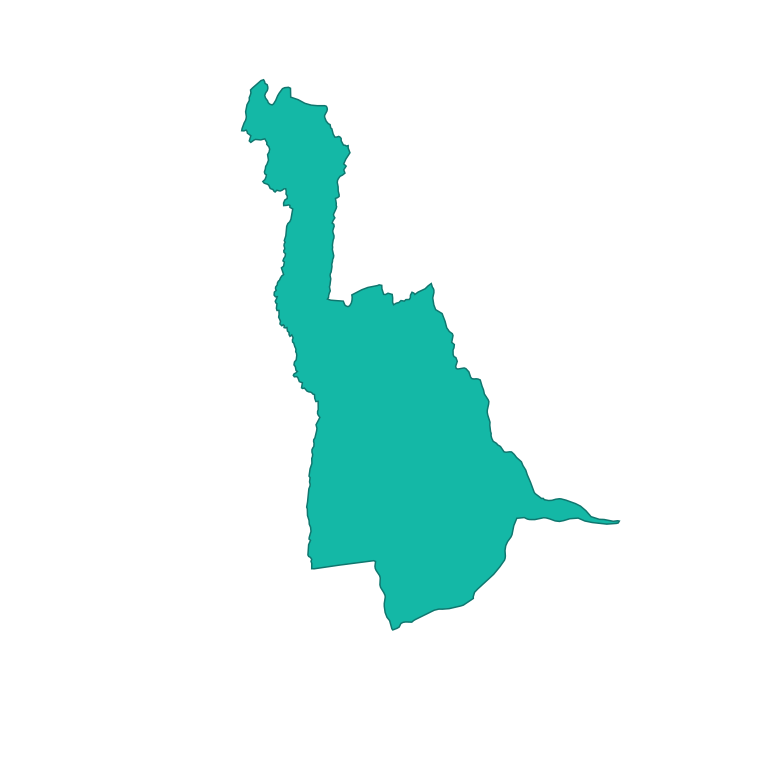 Kandara, Central, Kenya (Equal Earth projection), rotated 33°
{"feature_id": "3690345B86008432218279", "entity_name": "Kandara", "entity_type": "district", "adm_level": 2, "iso_a3": "KEN", "parent_name": "Kenya", "parent_adm1": "Central", "projection": "equal_earth", "projection_center": [37.007, -0.881], "detail": "fine", "context": "isolated", "style": "filled", "palette": "teal", "viewbox_px": 768, "rotation_deg": 33, "n_neighbors": 0, "source": "geoboundaries", "source_scale": "gbopen_adm2", "svg_char_len": 6170}
<svg xmlns="http://www.w3.org/2000/svg" viewBox="0 0 768 768"><g transform="rotate(33 384 384)"><path d="M537.0,568.6L537.7,566.2L538.6,564.4L549.3,546.4L552.6,542.9L555.5,541.1L561.0,536.9L569.2,528.4L571.0,526.2L575.7,515.2L574.7,513.8L573.4,509.4L574.2,505.0L579.6,483.9L580.7,474.3L581.0,466.1L580.5,464.2L579.5,462.2L576.2,457.8L574.2,453.4L573.5,448.9L573.8,443.2L573.4,440.6L570.0,432.1L568.5,424.3L574.4,419.6L577.8,419.2L579.9,418.4L584.4,415.5L590.7,409.2L592.9,408.0L596.4,406.9L602.1,405.6L606.0,403.7L609.0,400.8L613.2,395.8L619.9,390.7L627.1,389.5L629.1,388.7L634.0,386.8L647.1,380.2L654.8,374.4L656.1,373.0L656.0,370.8L654.5,371.4L651.0,374.3L642.3,377.8L638.3,380.2L629.9,382.5L622.3,380.3L615.3,379.4L609.8,380.0L599.9,382.3L595.1,383.9L593.6,384.7L590.8,387.1L588.2,390.1L585.5,392.1L581.5,393.7L579.9,393.2L578.4,394.2L570.4,393.6L568.9,393.0L560.5,386.7L553.6,382.1L549.8,379.0L544.9,376.7L541.6,374.4L535.1,373.4L531.5,372.1L528.0,371.5L526.5,372.3L523.5,374.8L521.6,375.5L515.7,373.0L512.3,373.1L510.8,372.5L506.8,372.6L504.0,370.9L502.0,369.1L500.7,367.0L499.3,365.9L495.2,361.0L493.7,358.3L487.9,353.5L486.0,351.5L484.8,349.5L482.7,343.9L481.5,341.6L479.9,340.5L473.6,337.7L470.6,334.7L467.5,332.5L462.5,328.2L460.2,328.6L458.5,329.4L456.7,330.8L454.8,331.6L453.1,331.2L448.6,327.6L444.3,326.5L442.5,326.9L437.7,331.3L436.1,331.6L434.5,330.2L433.1,325.1L429.9,322.7L427.7,322.9L425.9,321.6L423.4,317.9L423.0,315.6L421.5,312.6L418.1,312.2L415.5,305.8L413.9,304.6L410.2,304.4L406.0,302.7L401.1,298.2L394.4,293.3L386.8,293.5L382.7,290.5L378.0,285.3L376.1,280.2L374.7,278.1L373.3,277.0L371.9,276.5L368.9,274.0L367.5,277.8L366.6,281.8L362.5,288.4L361.1,292.1L359.5,291.5L357.5,291.8L357.8,295.1L359.1,297.3L359.2,299.3L356.4,301.3L355.9,303.4L352.8,304.8L352.1,307.6L350.3,309.5L348.9,312.3L346.8,310.9L344.4,307.1L342.1,304.4L337.9,305.7L336.6,308.1L334.9,309.0L330.4,305.3L328.4,302.5L325.9,303.5L324.9,305.0L317.9,311.8L314.0,317.1L308.5,326.8L310.0,328.5L311.5,331.1L312.5,333.9L312.6,337.1L311.7,338.7L310.1,339.2L308.2,339.1L304.7,336.7L293.7,342.7L290.3,343.6L290.3,341.5L289.4,340.0L288.6,337.5L288.2,335.2L285.3,332.2L284.8,330.5L282.1,324.8L279.6,322.3L278.9,320.7L278.7,318.9L276.5,314.0L274.9,311.9L274.1,309.4L273.1,307.5L272.8,305.6L272.0,303.8L267.4,299.3L266.4,297.2L265.3,296.0L264.5,294.4L262.9,290.8L262.5,288.9L261.4,287.0L258.4,284.5L257.4,283.0L256.3,278.9L254.9,277.4L252.9,277.3L252.3,274.8L252.3,271.4L250.5,270.6L249.2,269.2L248.3,262.9L247.7,261.1L246.5,260.1L245.6,258.5L242.2,254.8L243.5,253.1L244.2,251.2L243.3,249.7L240.5,247.1L238.1,243.6L235.0,240.4L234.1,238.4L233.9,236.6L234.0,233.8L235.4,231.4L236.4,228.4L233.6,226.3L233.6,221.9L230.3,221.3L229.5,216.0L229.5,208.6L225.4,205.6L224.1,203.6L222.9,204.9L221.2,205.0L219.9,205.7L215.7,203.4L214.4,201.5L213.1,200.9L211.2,201.0L209.8,202.7L208.3,203.7L205.3,202.1L201.3,198.4L199.8,198.2L197.5,195.8L195.5,196.0L192.3,195.0L188.8,192.5L187.9,191.0L187.5,186.3L186.8,184.4L185.5,183.1L184.2,182.5L182.7,182.9L176.7,186.8L171.0,189.8L164.8,191.7L157.2,192.3L149.5,194.2L144.5,186.9L142.3,187.2L139.3,189.6L138.0,191.6L137.7,196.9L137.8,200.1L138.7,205.1L138.8,209.3L138.1,210.9L135.8,211.5L133.7,211.1L132.1,209.9L128.9,208.7L126.8,207.0L126.2,204.3L126.3,201.5L125.7,199.6L124.8,198.2L123.0,196.6L120.6,196.7L119.0,195.3L117.3,194.4L115.6,196.5L112.5,207.3L111.9,210.1L113.8,212.3L114.5,214.4L115.0,217.2L116.6,219.5L117.0,224.4L119.7,231.1L122.9,234.7L123.7,236.3L124.3,238.4L124.5,241.2L125.8,246.9L126.7,249.1L128.7,248.0L130.0,246.2L131.6,246.7L132.8,248.0L137.1,248.3L138.6,253.5L140.7,253.9L142.1,250.3L143.0,248.9L147.7,246.4L150.5,243.3L154.3,245.3L155.1,246.8L158.3,247.8L160.2,249.3L161.3,252.1L161.4,255.0L165.2,259.2L166.2,263.7L166.2,265.9L167.4,268.4L168.2,271.3L169.6,272.6L171.4,272.6L172.3,274.7L172.8,277.4L172.1,280.2L174.1,280.8L177.4,280.0L179.0,280.0L182.1,282.0L185.0,281.4L186.6,282.2L188.1,282.3L188.6,279.9L191.8,278.7L193.0,277.0L193.8,274.9L195.2,273.8L196.9,275.5L198.4,278.1L200.4,278.9L201.8,281.2L200.6,283.7L201.2,286.9L202.7,289.0L204.7,287.5L206.4,285.8L207.8,285.5L208.9,287.1L212.1,286.9L216.2,296.5L216.6,299.2L216.0,301.8L216.5,304.7L220.9,313.1L222.3,318.1L223.9,318.9L224.0,320.8L224.8,322.5L226.0,323.4L227.2,324.8L227.3,326.7L228.3,328.0L230.4,328.4L231.6,330.8L231.6,333.4L232.2,335.8L234.0,335.9L235.6,339.9L234.7,342.5L240.2,346.9L239.4,349.0L239.4,351.5L239.8,353.7L239.4,355.5L239.6,357.3L240.5,359.1L240.3,361.7L241.2,363.3L242.6,364.1L242.0,366.7L243.4,369.3L245.5,370.0L246.9,368.9L247.5,371.3L247.7,373.8L249.1,374.9L250.5,375.0L252.5,379.1L254.2,380.6L255.8,379.5L258.2,382.9L259.2,385.3L263.0,387.7L264.0,390.3L266.6,390.8L267.2,389.2L268.6,389.4L269.4,391.1L270.7,390.7L271.8,389.5L274.2,392.2L276.2,392.5L277.6,394.4L279.2,395.2L279.9,393.1L282.7,394.8L283.1,396.8L284.5,398.6L286.0,398.8L288.9,401.3L290.2,402.0L291.4,403.1L292.4,405.1L293.8,405.8L295.3,407.6L297.2,411.5L296.9,414.3L298.1,417.0L300.2,417.8L302.9,420.6L304.5,420.6L304.1,422.6L303.1,424.4L303.2,426.1L304.9,426.8L306.8,425.3L308.4,425.7L311.7,428.1L314.9,427.4L316.9,432.1L318.2,432.1L319.5,430.8L323.4,431.9L325.4,431.5L326.8,430.8L328.1,430.7L330.0,431.2L331.4,430.7L333.7,433.7L336.4,435.8L338.2,434.4L342.8,441.3L343.2,443.1L344.4,445.0L345.9,446.0L348.4,446.9L349.2,455.2L351.9,457.7L353.0,460.0L355.4,466.8L355.4,469.0L356.3,470.6L357.6,471.8L359.2,474.6L359.1,476.5L359.4,478.4L360.7,480.4L362.5,481.9L363.5,483.8L363.9,485.7L366.8,489.9L368.2,495.4L371.3,502.1L373.0,502.8L374.9,506.7L376.6,508.2L377.5,509.9L378.1,512.9L384.1,524.5L386.2,529.4L387.7,530.5L391.5,536.0L395.5,539.3L397.7,542.3L400.4,544.1L403.0,547.3L404.8,553.3L405.6,554.9L407.5,555.1L408.3,559.8L413.3,568.8L414.7,569.6L416.6,569.5L418.8,570.3L419.4,572.5L421.1,573.8L424.0,578.3L426.2,576.9L445.1,560.3L471.7,537.7L473.6,537.5L475.7,541.8L477.2,543.5L478.9,544.6L484.7,547.1L486.5,548.7L490.0,554.7L492.0,556.5L497.3,559.0L500.0,560.7L501.1,562.0L503.8,568.0L505.3,570.3L509.4,575.0L513.5,578.0L517.6,579.4L523.9,585.0L525.3,585.5L528.0,581.8L529.1,579.6L528.6,575.7L529.8,573.5L531.7,571.8L537.0,568.6Z" fill="#14b8a6" stroke="#0f766e" stroke-width="1.5"/></g></svg>